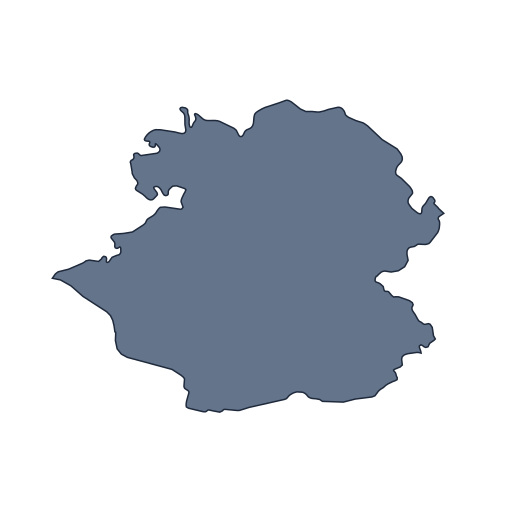 the Republic of Chuvash, rotated 193°
{"feature_id": "RUS-2389", "entity_name": "Chuvash", "entity_type": "Republic", "adm_level": 1, "iso_a3": "RUS", "parent_name": "Russia", "parent_adm1": "", "projection": "equal_earth", "projection_center": [47.182, 55.483], "detail": "fine", "context": "isolated", "style": "filled", "palette": "slate", "viewbox_px": 512, "rotation_deg": 193, "n_neighbors": 0, "source": "natural_earth", "source_scale": "10m", "svg_char_len": 6073}
<svg xmlns="http://www.w3.org/2000/svg" viewBox="0 0 512 512"><g transform="rotate(193 256 256)"><path d="M449.4,188.5L447.5,193.3L445.6,195.7L445.0,196.2L435.6,201.0L423.1,210.2L421.6,211.7L420.6,213.0L417.5,214.5L408.2,215.3L405.9,218.4L405.7,219.5L404.9,220.8L404.2,221.5L402.2,221.4L401.4,220.6L400.9,219.6L400.7,217.4L400.2,216.4L399.4,216.3L398.2,217.0L395.9,222.4L391.8,225.3L389.6,226.5L388.8,227.9L388.6,229.6L389.6,233.4L390.4,234.2L391.1,234.0L391.8,233.1L392.6,232.4L393.7,232.1L394.9,232.3L395.5,233.0L395.9,234.0L396.2,236.1L396.7,237.1L397.3,237.9L400.9,240.7L401.5,241.6L401.5,242.8L400.0,244.6L398.8,245.5L390.1,248.2L381.8,251.6L372.6,261.1L371.4,262.8L370.9,264.4L370.7,265.6L370.4,266.7L369.5,268.1L365.3,272.2L364.1,273.9L363.3,275.4L362.5,277.8L361.5,280.0L360.9,281.0L360.2,281.9L355.6,283.3L339.7,284.6L338.7,285.5L338.4,286.4L338.0,287.1L341.0,291.7L341.3,292.4L341.4,294.0L341.2,295.8L340.3,300.1L339.6,302.3L339.2,304.9L340.8,305.7L349.1,306.5L352.7,305.4L353.5,304.5L354.8,302.6L355.7,301.1L355.9,300.3L356.0,299.3L355.6,297.3L355.5,296.4L355.9,295.5L356.7,294.9L357.8,294.5L359.1,294.6L360.5,295.8L361.4,296.7L362.9,298.5L363.6,299.3L365.4,300.7L366.5,301.2L367.8,301.5L369.4,301.2L370.4,300.6L371.1,299.9L370.9,299.2L370.3,298.5L366.9,295.6L366.3,294.8L365.9,293.9L366.1,292.9L368.4,289.0L369.1,288.1L369.9,287.4L371.1,287.0L372.5,286.9L374.1,287.3L375.6,288.0L377.5,289.2L380.3,290.7L387.2,293.1L388.1,293.7L388.7,294.6L388.6,296.1L388.3,297.3L387.4,299.6L387.8,301.0L389.0,302.7L392.1,304.8L395.1,308.4L395.7,310.3L398.9,318.0L399.5,318.8L399.6,319.8L399.2,321.0L397.6,322.4L397.1,323.8L397.1,325.0L398.0,327.0L397.8,328.0L397.0,328.8L394.8,329.6L393.6,329.3L391.7,328.2L390.6,328.0L375.5,333.9L374.5,334.9L373.5,336.3L373.5,338.2L374.0,339.3L374.9,340.2L377.7,342.2L378.5,342.7L379.2,342.7L379.2,341.7L378.9,340.8L379.1,339.8L379.8,339.1L381.5,338.8L383.1,339.0L384.5,339.5L385.1,340.3L385.2,341.4L385.0,342.8L385.5,343.6L386.2,343.7L388.1,343.4L389.3,343.4L390.3,343.6L390.9,344.2L391.0,344.9L390.5,346.9L389.4,349.5L387.8,352.0L385.9,354.0L384.2,355.4L382.2,356.5L377.4,357.5L362.9,358.6L358.7,358.5L355.7,358.6L354.6,359.0L353.3,359.7L352.7,361.0L352.6,362.1L352.8,363.2L354.8,368.1L356.6,375.5L357.0,376.5L357.4,377.5L358.1,378.3L358.9,379.1L362.1,380.9L362.9,381.7L363.2,382.6L362.7,383.6L361.3,384.3L358.0,384.4L356.4,383.8L355.4,382.9L354.9,380.8L354.6,379.8L352.9,377.1L352.5,376.1L351.8,374.1L351.2,370.8L350.5,368.8L350.0,367.8L349.4,367.0L348.6,366.7L347.8,367.0L347.3,368.3L346.9,370.9L346.6,372.0L345.6,374.1L345.4,375.1L345.5,376.2L346.3,378.1L347.6,379.8L347.7,380.5L347.2,381.1L345.5,381.0L344.2,380.6L338.5,377.6L337.2,377.2L335.7,376.9L333.6,377.1L326.5,378.8L324.0,379.1L321.8,379.0L306.3,375.5L304.0,374.4L303.2,373.7L300.5,370.4L299.7,369.6L298.8,369.0L297.7,368.9L296.5,369.5L295.6,371.4L295.0,374.3L294.5,375.5L293.6,376.7L290.4,379.1L289.3,380.4L288.6,382.3L288.4,383.8L288.4,385.2L289.2,390.8L289.2,393.2L289.0,394.3L288.1,395.9L286.6,397.6L283.3,400.7L280.4,402.9L268.0,410.4L262.0,414.3L260.9,414.8L259.0,414.8L256.2,414.1L245.8,409.2L239.9,408.0L234.0,409.4L229.2,410.0L226.8,410.5L222.4,412.6L218.3,415.2L209.5,419.4L208.2,419.6L206.7,419.5L204.9,418.8L202.8,417.1L201.8,415.8L200.6,413.7L199.1,412.8L196.9,411.9L189.1,410.4L181.6,409.8L179.2,409.0L176.4,407.8L159.3,397.8L142.6,392.1L137.9,388.1L136.1,385.8L135.6,384.7L135.2,383.2L135.2,382.1L135.3,381.3L135.6,380.3L136.1,379.3L137.9,376.3L138.5,374.9L138.9,373.1L139.0,369.8L138.5,368.2L137.8,367.0L136.7,366.3L131.8,364.3L122.2,358.4L120.7,357.2L118.6,355.0L117.8,353.4L117.6,352.1L120.1,346.9L120.3,345.6L120.3,343.9L119.7,342.0L118.4,340.5L114.8,337.4L108.1,334.2L106.6,334.0L105.2,334.1L104.6,334.8L104.4,335.9L104.9,339.2L104.9,340.3L104.7,341.4L104.3,342.4L102.6,345.4L100.7,351.4L100.1,352.4L98.9,353.3L97.7,353.2L96.8,352.8L95.1,351.3L94.4,350.6L94.0,349.7L94.0,348.9L94.5,347.8L94.2,346.9L89.7,344.2L88.7,343.3L82.6,339.8L86.7,335.4L86.9,334.3L86.9,333.1L85.4,331.5L84.7,330.1L84.2,328.2L83.7,324.2L83.9,321.5L84.3,319.6L89.4,308.5L90.4,307.0L92.5,305.8L93.7,305.3L100.3,304.1L100.9,303.9L101.6,303.2L103.1,301.6L103.9,300.9L107.5,299.3L108.8,298.3L109.6,296.7L109.9,295.1L109.8,293.9L109.2,291.4L106.8,286.0L108.7,279.0L114.0,273.6L120.7,270.8L127.2,270.3L129.2,269.4L130.4,268.4L133.0,264.8L133.1,264.1L134.4,263.1L134.8,260.9L134.4,258.6L133.1,257.6L130.6,257.4L128.6,256.8L125.2,254.9L123.7,251.8L123.0,251.0L122.0,250.7L119.8,251.1L118.8,251.0L114.8,248.0L112.6,247.0L110.8,247.7L107.7,248.3L96.4,247.0L93.2,245.7L91.9,243.8L92.1,242.6L92.5,241.3L92.1,239.2L90.9,237.6L87.7,234.7L83.9,230.4L82.4,229.2L79.8,228.5L77.8,227.5L76.8,227.3L75.4,227.6L74.1,228.3L72.6,228.9L71.0,228.7L68.2,226.1L65.1,218.2L62.6,215.5L63.6,213.9L66.9,210.3L67.6,208.4L67.7,207.1L68.1,206.1L70.1,205.1L71.7,205.3L73.6,206.2L75.3,206.6L76.6,205.1L76.3,203.8L74.0,200.2L73.3,198.5L75.5,198.6L77.7,198.2L86.0,195.0L88.0,193.9L89.7,192.6L91.0,190.4L90.8,187.9L88.9,182.7L90.0,181.2L90.3,180.5L95.1,177.1L96.1,176.2L96.3,175.7L95.9,175.1L94.2,173.9L93.5,173.1L92.1,170.5L91.0,169.2L90.7,167.3L92.2,165.9L94.5,164.4L98.7,161.0L100.5,159.1L102.3,156.5L104.5,154.3L105.7,152.8L106.6,151.3L107.0,150.2L108.7,146.5L111.4,144.7L127.2,138.9L138.0,133.3L158.6,129.3L161.5,130.5L165.1,130.4L169.4,129.8L171.0,129.9L172.5,130.2L173.6,130.7L175.4,132.1L176.4,132.7L177.5,133.2L178.9,133.6L180.3,133.7L185.6,132.8L187.1,132.0L188.8,131.0L191.2,128.8L192.4,127.3L194.2,123.9L195.9,122.7L228.7,106.9L237.2,101.9L239.1,101.3L251.8,99.6L253.1,99.0L253.8,97.6L256.2,95.7L264.0,95.4L266.9,95.4L268.0,95.2L268.7,94.4L269.4,93.5L270.3,92.8L271.6,92.5L273.2,92.4L287.0,92.5L288.6,92.8L289.9,93.3L290.5,94.7L290.9,97.1L291.0,99.3L290.6,107.7L291.0,108.8L292.0,109.6L294.1,110.3L295.7,111.0L296.7,112.3L297.0,113.5L298.0,120.2L299.4,121.5L302.1,122.9L312.3,126.6L358.6,128.3L365.1,130.1L370.4,134.3L374.0,142.1L375.5,150.1L376.4,150.3L378.6,156.0L381.1,161.1L384.4,165.2L389.0,168.1L415.5,177.7L429.6,185.3L441.2,188.7L449.4,188.5Z" fill="#64748b" stroke="#1e293b" stroke-width="1.5"/></g></svg>